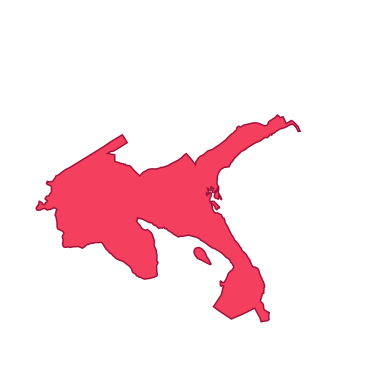 outline of Port Vila, Shefa, Vanuatu, rotated 300°
{"feature_id": "77236927B39670792397739", "entity_name": "Port Vila", "entity_type": "district", "adm_level": 2, "iso_a3": "VUT", "parent_name": "Vanuatu", "parent_adm1": "Shefa", "projection": "orthographic", "projection_center": [168.318, -17.732], "detail": "fine", "context": "isolated", "style": "filled", "palette": "rose", "viewbox_px": 384, "rotation_deg": 300, "n_neighbors": 0, "source": "geoboundaries", "source_scale": "gbopen_adm2", "svg_char_len": 6035}
<svg xmlns="http://www.w3.org/2000/svg" viewBox="0 0 384 384"><g transform="rotate(300 192 192)"><path d="M131.0,65.5L129.2,63.0L128.9,61.4L127.3,61.4L126.4,62.2L126.2,62.9L126.6,64.8L126.6,66.9L126.4,67.5L125.2,68.3L121.5,70.2L120.9,70.3L120.0,69.8L116.9,69.9L115.7,68.2L113.2,68.0L112.2,68.7L112.3,70.6L111.8,71.3L111.5,71.4L110.7,71.3L109.5,70.5L108.1,70.6L107.2,70.5L106.9,70.1L106.9,69.2L107.7,67.5L107.8,65.3L107.5,64.3L104.9,65.5L102.2,65.1L100.1,65.1L99.0,66.3L98.9,67.1L100.5,69.6L102.5,70.9L103.8,72.2L104.2,73.1L104.2,74.1L103.9,75.1L104.1,75.8L105.0,76.5L106.1,78.2L108.3,79.5L109.4,80.7L109.6,81.3L109.5,83.6L106.5,84.1L105.9,84.6L104.8,84.6L103.7,84.9L101.3,87.8L100.0,88.6L99.0,89.8L94.4,92.6L93.2,93.7L92.8,94.6L93.4,99.4L92.9,100.7L92.1,101.7L91.0,101.9L89.2,101.7L88.3,102.1L87.2,103.3L85.9,104.4L81.8,106.1L80.5,107.9L80.3,108.8L81.2,110.6L82.7,112.3L82.9,113.9L85.8,117.3L86.0,118.1L87.5,119.9L88.2,121.9L88.5,125.1L90.7,126.3L93.7,127.2L94.6,128.3L96.4,129.6L98.5,132.3L99.9,133.5L101.3,136.2L102.4,137.5L103.1,138.8L102.9,140.0L99.6,146.0L99.1,148.4L98.1,150.9L98.1,153.2L97.3,155.6L96.5,159.8L96.7,163.8L97.2,165.1L97.4,167.2L96.5,174.7L95.2,178.2L94.0,179.2L92.7,181.2L92.6,183.0L92.9,184.1L91.7,185.7L91.7,186.2L92.2,186.9L91.8,188.1L91.8,188.9L92.2,189.9L92.7,194.1L93.8,195.8L94.9,196.9L95.3,197.8L98.1,200.5L98.7,201.3L101.4,203.4L102.6,203.4L103.2,203.2L105.7,201.2L109.9,198.5L111.0,198.1L112.6,198.1L114.0,197.7L114.6,196.4L115.2,195.7L119.7,193.3L124.0,189.7L126.9,185.7L131.1,183.6L135.2,179.0L136.2,177.4L136.7,175.6L137.2,171.9L135.9,171.2L135.5,170.5L135.3,168.0L135.5,166.6L137.3,162.9L138.8,158.7L139.1,158.4L140.6,158.7L141.6,158.3L142.0,157.7L142.5,157.9L142.8,159.9L143.8,162.5L144.1,169.7L145.1,172.8L145.1,173.7L144.5,174.4L144.3,175.3L144.5,176.8L145.0,177.2L145.0,177.6L144.3,179.2L143.9,181.5L145.2,182.7L145.9,184.5L146.8,184.5L147.4,185.4L147.4,185.9L146.7,186.7L146.7,187.1L147.4,188.1L147.4,189.0L146.8,190.0L146.8,193.2L146.2,198.3L146.4,202.3L146.6,203.3L148.0,204.0L148.5,205.2L149.4,206.6L153.0,210.7L155.2,219.3L155.1,220.9L155.3,222.1L154.7,223.5L154.7,229.0L153.9,233.7L153.8,238.3L154.2,239.3L154.3,244.2L154.0,248.5L152.4,255.1L152.4,258.6L150.8,260.2L150.0,262.6L149.5,263.6L148.9,264.1L148.8,265.0L148.5,265.3L147.5,265.7L145.5,265.8L144.6,265.7L141.2,264.4L139.1,264.2L137.0,264.7L133.6,265.1L130.1,265.1L128.9,264.0L129.2,261.5L129.1,261.2L128.4,261.2L127.5,262.0L125.6,263.1L125.0,263.7L125.0,264.4L126.3,265.3L126.3,266.2L126.0,266.7L124.5,266.7L118.8,268.5L116.7,268.8L103.4,267.9L102.6,274.8L101.7,289.6L114.1,298.7L122.8,304.3L116.7,314.2L114.2,316.7L118.3,321.6L120.0,322.6L121.5,321.4L123.8,320.0L126.1,319.3L126.2,318.3L125.7,317.4L126.2,316.3L126.0,315.7L126.1,313.5L127.2,312.2L130.1,310.2L130.7,309.2L131.3,306.8L132.0,305.7L139.0,303.8L139.7,304.0L139.9,304.6L140.2,304.8L142.1,303.6L143.8,303.0L144.5,302.3L145.9,302.3L147.3,301.5L150.0,298.6L151.1,296.6L152.6,295.2L153.1,294.0L154.8,291.8L155.9,290.5L157.3,289.4L158.1,288.2L158.7,286.2L158.5,285.3L158.6,284.2L157.7,282.8L157.8,281.7L158.9,279.8L160.5,277.9L161.0,276.8L161.8,276.5L162.1,276.0L162.9,273.9L165.4,269.2L166.2,264.8L168.0,262.5L168.5,260.9L170.1,258.1L171.7,252.7L172.9,251.3L175.2,246.9L180.2,239.5L182.1,235.9L182.5,235.4L183.3,235.1L185.1,233.1L185.0,231.3L186.9,228.7L186.6,224.3L185.6,223.2L185.8,221.0L186.7,219.2L188.4,217.5L189.4,217.0L190.5,215.4L191.4,215.0L192.2,213.2L194.2,211.2L195.2,210.8L197.8,210.6L199.2,210.2L200.1,209.8L201.0,208.5L200.8,207.9L196.5,206.9L196.5,206.5L197.7,205.2L198.4,205.2L198.8,206.2L199.9,206.4L200.7,206.0L202.8,203.4L203.1,204.2L202.2,205.8L202.2,206.6L202.6,207.2L203.4,207.5L205.1,205.9L205.8,205.8L206.3,206.2L206.2,206.6L205.3,207.5L205.4,208.1L205.9,208.7L205.8,209.2L203.4,208.8L202.9,209.0L202.1,210.2L202.2,210.7L202.6,211.3L206.5,212.5L207.3,212.5L210.1,211.5L212.1,209.1L216.7,207.1L217.7,206.3L221.5,205.4L225.3,205.6L226.8,206.1L229.4,207.6L232.4,211.5L236.3,211.2L239.1,211.7L242.2,211.9L251.8,214.5L254.8,216.6L258.1,217.8L265.6,221.9L270.9,225.8L275.0,227.5L276.0,228.5L276.9,230.2L280.7,231.1L281.1,231.4L281.1,232.6L281.8,232.6L282.2,232.2L282.8,232.3L284.1,233.7L286.1,234.3L290.5,236.7L294.6,240.6L297.4,242.1L300.2,244.1L301.0,245.6L301.0,246.5L300.3,249.0L299.2,251.2L297.5,253.6L298.7,255.3L301.9,250.8L303.4,245.3L303.7,242.4L298.3,239.4L302.7,233.3L300.8,231.5L300.8,230.1L301.3,228.8L301.4,227.5L298.0,226.7L291.5,223.4L290.3,223.3L288.9,223.8L287.3,223.5L286.1,222.5L285.3,220.9L285.4,219.9L284.9,215.7L283.8,212.6L282.2,210.2L275.4,203.0L273.0,202.0L272.5,201.3L272.4,199.8L271.4,198.9L270.3,198.8L267.5,199.4L265.2,198.5L263.8,198.3L261.8,197.2L258.1,196.1L254.6,195.4L246.6,192.1L239.7,188.7L237.3,186.9L235.6,185.2L230.2,183.4L227.9,181.9L226.0,180.9L224.1,180.5L220.1,180.2L218.8,181.0L217.1,181.5L219.4,176.6L222.4,167.9L220.3,166.8L216.3,165.8L212.6,164.1L204.5,158.8L202.7,158.0L198.3,153.8L197.8,152.8L196.6,152.0L194.1,149.6L191.9,145.6L189.9,143.0L184.4,139.7L179.7,138.6L181.8,130.8L183.4,126.1L183.5,124.8L182.8,122.6L181.8,121.3L182.6,120.5L181.1,115.5L179.9,109.9L185.6,106.5L184.4,103.4L183.3,99.6L187.0,101.7L187.5,103.0L189.5,104.4L202.3,111.2L204.7,107.0L206.7,103.0L194.8,96.5L187.1,92.8L152.4,74.1L147.9,71.1L140.2,67.9L137.7,66.1L135.7,66.5L134.0,66.1L132.2,66.2L131.0,65.5ZM137.7,233.8L138.1,243.7L138.8,244.5L139.4,244.3L140.2,242.6L141.7,240.6L143.3,237.2L146.3,233.4L147.1,231.4L147.6,229.3L147.6,226.8L147.3,225.5L145.2,223.3L144.5,223.1L142.9,223.1L141.2,223.6L140.3,224.3L139.0,226.0L137.4,229.4L137.3,231.3L137.7,233.8ZM208.8,213.1L205.4,213.2L202.2,212.7L200.8,212.9L198.9,213.7L198.4,215.1L199.0,218.3L200.1,218.1L201.0,217.3L202.0,217.0L201.8,217.7L200.0,220.9L200.2,221.3L200.9,221.1L201.6,220.2L204.0,216.1L205.0,214.8L205.6,214.4L207.7,213.8L208.8,213.1ZM191.3,218.6L189.5,220.5L189.1,222.4L191.2,222.3L191.6,223.5L192.1,223.8L192.8,223.1L194.8,215.5L194.1,214.2L192.9,213.3L192.0,214.3L191.4,215.5L191.5,216.5L191.3,218.6Z" fill="#f43f5e" stroke="#9f1239" stroke-width="1.5"/></g></svg>